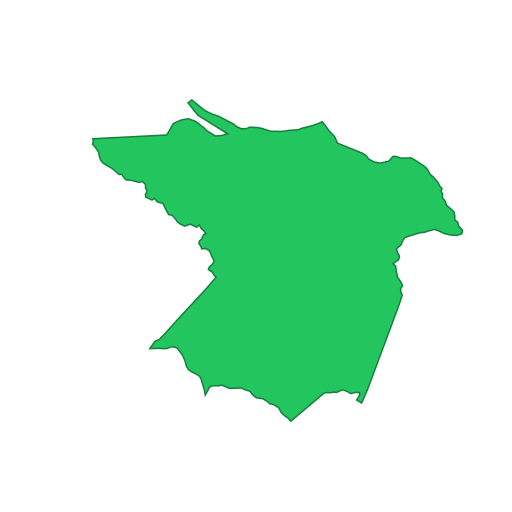 Campo Mourão, Paraná, Brazil (Equal Earth projection), rotated 107°
{"feature_id": "56859067B54956241865270", "entity_name": "Campo Mourão", "entity_type": "district", "adm_level": 2, "iso_a3": "BRA", "parent_name": "Brazil", "parent_adm1": "Paraná", "projection": "equal_earth", "projection_center": [-52.393, -24.126], "detail": "fine", "context": "isolated", "style": "filled", "palette": "green", "viewbox_px": 512, "rotation_deg": 107, "n_neighbors": 0, "source": "geoboundaries", "source_scale": "gbopen_adm2", "svg_char_len": 3103}
<svg xmlns="http://www.w3.org/2000/svg" viewBox="0 0 512 512"><g transform="rotate(107 256 256)"><path d="M108.2,232.0L110.8,234.7L112.7,237.3L114.5,239.6L116.3,242.6L118.3,245.9L120.3,249.3L123.0,252.7L124.2,255.9L126.4,261.7L128.0,264.6L129.8,269.2L131.1,274.1L132.3,277.9L132.4,283.9L132.2,287.2L132.8,292.4L134.6,299.7L137.0,302.4L138.6,307.2L137.8,313.0L136.3,316.1L135.5,321.2L134.6,325.2L134.1,328.5L133.3,332.4L133.1,339.3L132.6,342.6L132.0,346.6L130.6,350.6L128.0,357.1L125.5,363.0L129.4,365.8L138.4,352.7L147.5,318.7L151.2,324.8L153.1,330.0L151.8,334.6L150.5,340.1L148.7,342.9L147.1,347.6L145.5,350.9L144.8,354.3L144.5,360.9L147.4,366.6L149.3,369.1L153.5,373.8L162.5,375.8L166.4,376.8L191.6,446.4L194.2,445.0L196.9,445.0L199.2,441.2L202.6,437.0L206.3,435.1L210.0,432.3L212.0,429.0L213.2,424.3L214.5,418.8L216.3,414.6L218.1,410.9L217.1,408.0L219.4,405.7L221.2,402.5L220.1,397.6L219.8,390.0L218.1,386.1L219.9,382.6L223.2,381.6L226.2,379.0L229.4,379.8L231.9,378.7L232.9,371.9L230.7,369.8L233.1,366.2L233.0,360.3L235.2,358.3L240.3,353.4L242.0,351.3L241.5,348.1L243.6,344.7L246.2,341.3L247.5,338.1L248.3,333.0L244.8,328.0L245.8,321.2L242.8,319.4L245.5,316.8L246.9,313.8L249.2,310.4L251.1,312.4L255.8,313.0L258.3,314.5L260.8,314.2L262.7,311.7L265.1,310.0L263.6,306.4L264.5,302.5L266.9,299.9L269.1,298.5L270.9,296.4L273.0,294.5L276.9,295.5L280.3,297.5L282.9,297.6L284.3,292.9L286.5,290.7L287.9,288.0L301.7,294.0L341.5,313.3L355.4,319.7L364.1,324.1L367.2,327.8L369.8,328.6L375.7,330.5L372.8,322.2L371.6,317.2L370.3,313.6L368.2,311.6L366.9,307.9L367.2,304.4L372.2,297.5L374.7,295.2L377.0,293.3L381.8,290.3L384.4,287.4L385.7,283.2L386.4,278.8L387.4,274.9L390.2,272.2L399.8,265.9L403.8,263.9L399.1,262.8L394.8,262.1L392.5,259.0L391.2,254.1L389.6,251.1L389.8,247.6L390.4,243.0L388.4,236.9L386.6,231.6L387.0,228.3L387.2,222.4L390.3,217.5L391.5,214.3L390.5,207.7L391.8,202.7L393.3,199.7L392.9,196.0L394.5,189.9L398.6,185.9L400.6,181.4L401.5,178.2L403.8,174.4L367.3,150.9L365.8,148.1L365.0,144.8L363.5,142.0L362.8,138.9L360.7,136.6L358.6,133.8L359.0,128.3L359.9,125.3L357.2,120.6L356.4,117.1L358.7,116.2L361.6,117.0L364.3,117.6L365.7,112.0L351.3,110.3L327.8,108.9L274.1,105.7L269.6,105.4L262.4,105.0L250.8,104.7L247.7,107.1L244.9,108.2L241.8,107.1L239.1,109.2L237.2,111.5L234.6,114.7L232.3,115.7L229.7,117.4L224.9,119.4L223.3,122.7L220.4,120.6L218.3,118.8L215.6,118.3L213.3,119.5L211.5,121.6L208.1,123.7L205.8,122.5L203.3,120.6L197.9,120.0L195.1,119.2L192.1,115.3L189.5,111.5L185.9,106.1L184.1,101.8L181.5,98.2L178.4,93.1L178.7,87.4L179.5,82.2L179.0,75.7L177.5,69.7L174.5,65.6L171.0,66.0L168.1,70.8L164.7,73.0L163.4,76.4L159.7,77.6L156.2,79.2L154.3,82.6L151.9,88.5L148.2,91.1L145.8,94.8L142.4,95.6L139.9,97.9L137.1,97.8L135.2,101.0L132.7,103.1L128.7,109.4L126.7,113.8L124.3,116.0L122.5,118.1L121.0,121.1L119.3,126.8L118.0,131.4L116.8,136.5L118.7,141.7L120.1,146.5L119.8,150.5L120.5,154.0L124.3,155.8L126.6,156.8L131.0,164.8L131.5,170.6L130.4,176.5L127.9,179.8L126.6,183.9L124.3,210.8L121.7,213.3L119.0,215.6L114.4,223.4L111.3,227.4L108.2,232.0Z" fill="#22c55e" stroke="#15803d" stroke-width="1.5"/></g></svg>